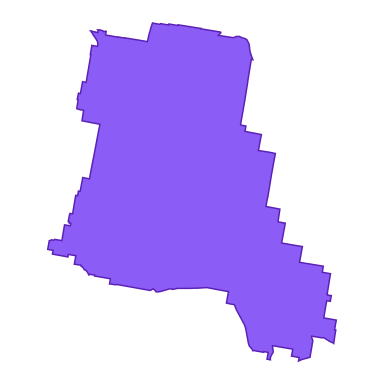 Orange, New South Wales, Australia
{"feature_id": "25037944B16030223882467", "entity_name": "Orange", "entity_type": "district", "adm_level": 2, "iso_a3": "AUS", "parent_name": "Australia", "parent_adm1": "New South Wales", "projection": "orthographic", "projection_center": [149.098, -33.328], "detail": "fine", "context": "isolated", "style": "filled", "palette": "violet", "viewbox_px": 384, "rotation_deg": 0, "n_neighbors": 0, "source": "geoboundaries", "source_scale": "gbopen_adm2", "svg_char_len": 4649}
<svg xmlns="http://www.w3.org/2000/svg" viewBox="0 0 384 384"><path d="M333.7,343.4L334.1,341.0L334.9,335.3L335.8,330.0L334.6,329.8L335.5,324.3L336.3,320.1L323.8,317.9L324.8,311.7L326.7,300.9L326.8,300.7L330.3,301.3L331.3,295.6L327.7,295.2L327.7,294.6L327.1,294.5L327.8,290.2L330.5,273.7L324.2,272.6L322.3,272.2L323.3,266.2L308.7,263.8L308.4,263.8L299.5,262.3L299.6,262.0L302.4,246.6L288.9,244.3L288.5,244.2L281.6,243.0L285.3,223.2L285.1,223.2L278.0,221.8L279.9,209.1L278.3,208.8L266.0,206.5L266.0,206.2L267.2,199.5L267.7,197.6L269.0,190.0L271.7,173.3L271.8,173.0L272.6,168.6L272.6,168.3L275.4,153.5L269.8,152.3L258.4,150.5L261.4,134.6L245.0,131.4L245.9,126.0L240.5,125.0L243.0,110.8L244.4,102.6L244.5,102.3L245.7,94.7L247.8,81.6L247.8,80.9L249.3,71.8L250.4,65.0L251.3,59.4L252.9,59.7L252.4,58.5L251.1,55.0L250.5,53.0L250.3,52.3L249.9,50.8L249.2,44.4L247.7,41.2L246.9,39.7L245.3,38.6L242.9,38.0L241.0,37.2L240.2,36.9L239.2,36.4L238.7,36.4L236.5,36.4L233.3,37.7L223.5,36.2L220.9,35.8L218.6,35.4L218.4,35.4L218.5,35.3L218.6,35.2L218.8,35.0L218.9,34.8L219.0,34.7L219.3,34.3L219.5,34.2L219.8,33.9L220.0,33.7L220.3,33.4L220.5,33.2L220.8,32.9L220.8,32.7L220.7,32.2L220.4,32.1L220.2,32.0L200.7,28.8L200.9,28.4L200.3,28.4L199.9,28.3L178.0,24.8L177.9,25.5L174.8,25.0L172.1,24.5L171.6,24.5L171.4,24.4L168.9,24.0L168.8,25.0L160.4,23.6L160.1,24.1L159.5,24.3L152.8,23.1L152.5,23.0L151.1,27.1L149.9,31.5L149.6,32.6L149.5,32.8L148.8,35.3L148.3,37.6L148.1,38.6L147.9,39.7L147.3,41.6L139.2,40.2L138.7,40.1L131.0,38.9L130.9,38.8L126.2,38.1L124.7,37.8L124.6,38.1L119.0,37.1L117.9,36.9L117.9,37.2L112.0,36.1L105.6,35.0L106.2,31.4L105.1,31.2L104.4,31.5L103.5,31.5L102.6,30.6L100.6,30.2L99.4,29.7L98.0,29.9L97.9,29.9L98.0,30.0L98.0,30.3L98.1,30.5L98.1,30.9L98.0,31.1L98.0,31.4L98.0,31.5L98.0,31.8L98.0,32.0L97.9,32.1L97.9,32.3L97.9,32.5L92.3,31.4L92.0,31.1L90.6,30.9L92.5,33.6L92.9,34.4L93.6,35.5L95.8,38.6L96.6,40.1L97.2,41.0L97.7,42.7L97.8,44.2L97.7,45.0L97.4,46.4L91.8,45.4L91.8,45.7L90.3,54.6L90.9,54.6L90.5,56.8L88.1,70.9L87.0,77.3L87.0,77.6L86.1,82.4L84.7,82.1L82.6,81.7L82.4,82.7L80.4,93.6L78.5,93.2L77.2,99.5L78.1,99.7L78.1,99.9L77.3,105.1L77.0,106.9L76.8,108.0L76.8,108.7L79.9,109.7L83.6,110.3L82.0,120.8L94.2,123.2L94.5,123.2L99.9,124.3L99.3,127.5L99.1,128.5L98.7,130.3L98.7,130.5L96.6,141.2L96.6,141.5L94.3,153.6L93.3,158.8L93.2,159.1L92.4,163.2L91.7,166.8L89.5,178.6L89.4,178.9L82.8,177.5L80.1,191.4L78.4,191.1L77.6,195.7L75.7,195.4L72.6,213.9L70.0,213.4L69.7,215.1L69.4,215.1L68.6,219.5L68.5,220.0L68.2,221.3L68.2,221.6L68.9,221.7L69.3,221.8L69.2,223.1L70.8,223.4L70.3,225.8L66.8,225.2L64.8,224.9L64.8,225.1L64.5,225.0L64.0,228.0L61.9,240.6L61.4,240.5L54.7,239.4L54.6,239.8L53.3,240.2L51.9,239.8L51.7,239.8L49.2,240.8L49.0,242.2L47.7,249.4L53.1,250.4L52.4,254.1L64.5,256.3L67.9,257.0L68.1,256.3L68.1,254.7L68.4,254.4L71.0,254.9L71.4,255.0L75.8,255.7L75.1,259.7L74.3,264.2L80.9,265.2L80.9,265.4L81.0,266.1L81.6,266.3L82.1,266.9L82.8,267.5L83.2,267.8L83.4,268.0L83.5,268.1L83.6,268.5L83.8,269.0L84.0,269.3L84.3,269.7L84.6,269.9L85.3,270.0L85.5,270.1L85.7,270.3L85.8,270.4L86.1,270.6L86.3,270.7L86.3,270.8L86.4,271.0L86.6,271.1L86.7,271.3L86.8,271.4L86.8,271.5L87.1,271.8L87.2,272.0L87.3,272.1L87.4,272.3L87.6,272.5L87.8,272.8L87.9,273.1L88.0,273.2L88.1,273.5L88.3,273.8L88.4,274.0L88.5,274.0L88.7,274.3L88.8,274.6L88.9,274.9L88.9,275.0L89.0,275.0L89.1,275.3L89.1,275.5L89.3,274.2L90.8,274.4L91.0,274.5L94.7,275.1L94.5,276.0L110.1,278.7L110.4,278.7L109.5,284.0L110.6,284.0L113.5,284.5L115.3,284.7L116.7,284.7L116.9,284.5L125.8,286.1L136.5,288.0L142.5,289.1L146.6,289.8L149.5,290.4L150.6,290.2L151.2,290.0L151.8,289.6L152.9,288.7L153.2,289.0L154.7,290.0L155.9,291.6L156.1,291.9L156.6,292.0L160.1,291.6L167.4,289.5L167.8,289.4L170.1,288.7L172.6,289.4L176.5,288.6L176.5,288.4L183.7,288.4L189.5,288.4L193.9,288.2L196.8,288.2L206.7,287.6L207.0,287.6L218.0,289.7L228.5,291.6L227.5,296.9L226.4,303.1L226.7,303.2L231.1,304.1L234.5,304.7L235.2,306.9L235.6,307.9L236.4,309.8L242.9,321.9L244.0,323.9L244.3,324.4L244.6,325.3L245.0,326.3L245.3,327.2L245.4,327.6L245.9,329.6L248.5,343.7L248.8,344.6L249.0,345.2L249.4,346.0L249.9,346.6L252.1,349.3L252.6,350.2L252.9,350.8L253.8,350.6L254.1,350.6L255.7,350.9L256.0,351.0L263.7,352.3L263.9,351.6L268.2,352.4L267.0,359.2L270.4,359.8L270.3,358.4L271.2,355.4L273.0,352.7L273.2,350.4L272.8,348.5L272.7,347.9L272.5,345.7L272.8,345.7L292.8,349.2L291.5,356.1L299.1,357.5L298.5,361.0L301.9,359.5L306.0,358.4L310.0,357.3L312.8,340.8L312.6,340.0L312.7,339.9L312.6,339.7L312.1,338.7L311.7,337.8L311.7,336.3L311.7,336.2L321.9,337.8L323.8,337.7L329.8,341.5L333.4,343.1L333.7,343.4Z" fill="#8b5cf6" stroke="#5b21b6" stroke-width="1.5"/></svg>